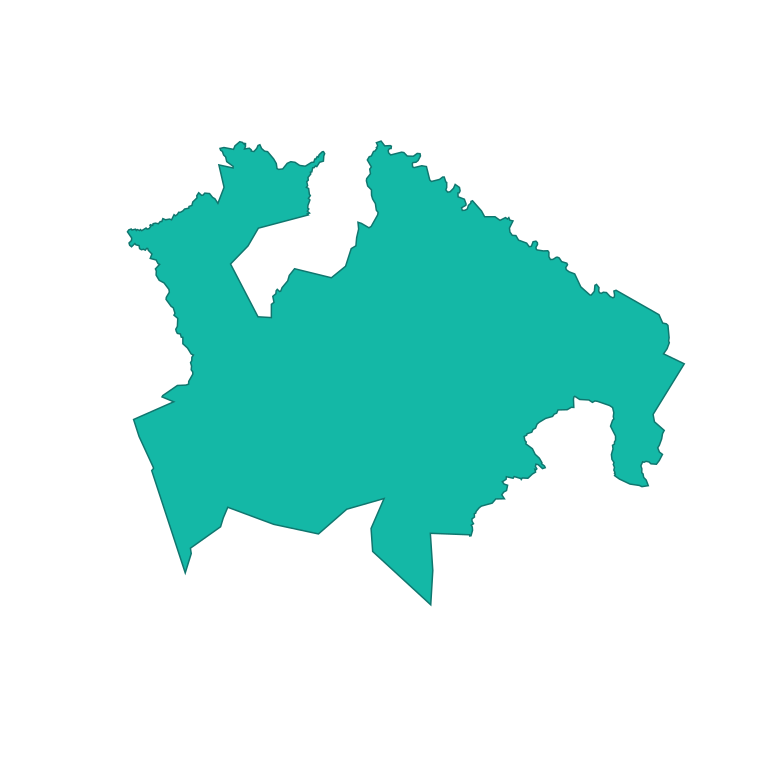 outline of Morelos, Chihuahua, Mexico, rotated 15°
{"feature_id": "50627088B90542436108405", "entity_name": "Morelos", "entity_type": "district", "adm_level": 2, "iso_a3": "MEX", "parent_name": "Mexico", "parent_adm1": "Chihuahua", "projection": "mercator", "projection_center": [-107.783, 26.551], "detail": "fine", "context": "isolated", "style": "filled", "palette": "teal", "viewbox_px": 768, "rotation_deg": 15, "n_neighbors": 0, "source": "geoboundaries", "source_scale": "gbopen_adm2", "svg_char_len": 6167}
<svg xmlns="http://www.w3.org/2000/svg" viewBox="0 0 768 768"><g transform="rotate(15 384 384)"><path d="M648.9,270.3L647.8,268.8L647.4,265.5L643.1,253.9L641.1,252.8L637.4,253.0L631.7,245.9L583.9,233.4L582.0,234.7L583.7,238.4L583.9,240.5L582.8,241.5L579.8,241.0L575.2,238.1L572.1,238.6L570.4,240.2L568.5,240.1L567.3,238.5L566.7,235.2L563.5,232.8L562.2,234.1L563.2,240.0L561.1,244.5L559.8,244.7L548.9,239.2L539.7,228.3L533.7,227.7L530.5,226.4L529.4,224.6L530.4,221.3L529.3,220.0L523.9,219.8L520.6,216.9L518.9,216.6L517.6,217.0L515.0,219.9L512.5,220.7L510.3,218.3L509.2,214.1L507.7,212.9L503.6,214.2L497.2,214.9L496.1,214.3L495.4,212.6L496.2,209.5L495.6,207.8L493.8,206.7L491.2,208.0L490.7,212.9L488.7,213.8L485.3,211.0L476.7,210.2L473.0,206.5L469.4,207.2L466.3,204.6L464.8,200.9L466.4,193.1L463.2,193.2L461.5,191.0L460.6,192.7L458.3,191.8L453.7,195.9L447.9,193.7L437.9,196.4L433.4,191.6L422.1,184.1L420.8,185.1L421.0,186.9L419.3,189.6L419.2,193.3L417.3,195.2L414.7,196.1L413.3,193.7L416.8,190.2L416.7,188.9L413.8,184.7L407.1,184.0L406.0,180.4L407.2,179.8L407.5,177.7L406.0,174.6L401.1,172.8L400.5,176.9L398.1,181.2L395.8,182.2L393.5,180.5L393.7,177.9L392.4,173.1L391.4,172.8L388.6,168.5L387.1,168.9L384.7,172.0L377.4,176.1L375.4,175.1L368.7,163.0L364.0,163.4L357.1,167.2L355.4,166.8L354.3,163.7L354.7,162.6L357.5,161.5L359.1,159.3L360.2,154.3L359.2,152.2L356.4,152.7L353.4,156.4L347.5,157.8L343.3,155.3L341.0,155.5L331.2,161.0L328.7,159.6L327.6,157.5L328.3,155.3L329.9,154.7L329.6,152.4L328.4,152.1L323.1,153.8L318.3,150.1L314.2,152.9L316.0,155.0L316.2,156.5L315.4,157.6L316.2,158.3L314.9,161.4L313.7,162.1L312.8,167.0L310.9,168.3L309.9,171.9L315.6,177.6L314.6,180.1L316.5,184.4L314.1,190.1L314.4,192.3L317.0,197.0L321.6,199.7L323.1,204.9L325.1,208.2L329.0,212.0L331.6,218.1L333.9,219.8L334.1,222.3L330.8,235.2L329.0,237.0L320.6,234.7L317.0,234.5L319.4,240.9L319.7,249.7L321.1,257.8L317.3,261.7L316.4,280.2L305.7,295.0L267.8,295.8L264.4,303.6L264.3,309.3L260.6,317.3L260.2,321.0L259.3,321.7L256.4,320.2L255.7,321.9L256.2,324.8L253.9,328.1L256.6,333.6L254.6,336.2L258.0,349.0L244.9,351.7L204.7,307.8L216.9,285.9L222.3,266.0L267.1,240.3L265.9,239.5L267.8,238.2L265.2,236.9L266.1,234.4L264.8,233.8L264.3,231.3L264.8,225.4L262.9,224.2L264.1,221.1L262.8,220.0L260.6,214.7L258.1,214.1L258.9,212.2L257.0,208.6L258.1,206.7L257.1,204.2L258.9,200.2L258.1,198.5L259.4,197.8L259.1,193.6L260.4,193.2L261.3,191.2L262.8,191.4L264.4,186.5L267.8,184.4L266.8,179.2L267.1,176.9L265.4,175.2L264.3,175.6L262.0,179.3L261.8,181.7L260.6,181.6L259.9,184.4L258.9,184.6L258.8,187.9L256.6,188.7L251.6,194.0L246.0,194.7L240.7,192.9L236.4,193.4L233.4,195.9L230.5,202.5L226.6,204.0L224.9,203.6L222.9,198.9L219.1,195.1L211.4,189.7L208.4,190.0L204.8,188.2L202.2,185.0L200.6,186.2L200.1,189.4L198.2,193.1L195.5,193.4L195.2,192.2L192.9,191.1L188.4,193.1L188.7,190.4L188.0,187.6L187.1,187.7L187.2,188.7L184.8,187.3L182.0,187.3L178.4,192.5L177.9,196.3L168.2,197.0L164.6,198.9L165.7,200.5L167.7,201.2L169.8,204.3L172.3,205.7L174.5,209.9L182.0,212.8L182.3,214.4L167.8,215.1L178.6,235.4L176.8,252.5L172.7,248.8L170.1,248.1L166.2,245.2L161.5,246.0L160.3,248.4L159.0,249.0L155.5,247.2L154.4,250.6L155.2,252.6L152.2,257.6L152.2,261.3L149.7,263.0L149.9,264.7L146.1,266.6L144.9,268.9L142.7,271.0L141.3,271.2L140.4,273.9L138.9,275.5L137.4,274.8L136.3,280.4L134.2,280.2L130.5,281.9L127.6,281.5L127.3,284.6L125.8,285.0L124.6,287.6L121.6,287.8L119.5,288.9L119.5,290.7L117.1,290.6L116.9,291.4L117.9,292.1L116.9,294.6L115.1,295.7L113.8,294.9L110.3,298.6L108.8,297.9L108.3,299.0L105.6,298.7L105.0,299.8L103.8,298.8L100.7,300.5L99.7,299.7L97.6,301.2L96.8,303.4L102.5,308.3L102.9,310.8L101.2,313.8L102.4,315.8L104.6,316.8L107.0,312.8L108.4,313.8L111.6,313.7L112.9,316.5L115.0,317.1L116.7,316.1L118.8,316.5L119.6,314.5L120.6,314.2L121.8,315.9L126.2,318.5L125.7,323.2L131.8,323.2L134.6,326.2L136.3,326.5L133.4,332.0L134.8,333.7L135.7,337.8L140.0,342.0L145.4,343.3L151.8,348.3L152.9,350.9L151.3,356.6L151.6,358.7L158.3,364.1L160.7,364.9L163.8,369.8L163.3,371.9L167.8,374.0L169.5,381.8L168.7,385.0L169.6,386.7L171.3,388.6L174.4,388.4L176.0,391.2L177.6,391.0L179.3,397.2L184.9,400.1L190.0,404.9L192.4,405.3L191.5,407.9L192.3,411.3L191.6,413.4L193.5,416.5L194.1,420.2L196.1,421.8L196.8,423.9L194.7,432.0L195.3,434.7L193.0,436.3L184.8,438.9L173.3,452.4L172.9,453.9L185.5,455.6L151.3,483.1L161.0,498.1L182.8,524.3L183.2,525.4L182.0,527.7L240.9,617.9L241.7,597.7L239.5,592.7L263.1,564.2L263.4,555.0L265.0,543.5L313.8,548.1L359.5,545.8L380.4,514.6L413.7,494.6L408.9,526.9L416.4,548.7L486.3,585.2L479.4,551.5L467.4,516.2L505.6,507.5L506.1,508.6L507.3,508.1L507.4,502.4L506.3,499.3L504.8,497.8L506.6,495.8L504.5,493.7L503.9,491.5L505.8,489.1L504.8,485.9L506.0,485.0L506.0,483.2L508.0,478.9L509.6,476.8L519.4,471.0L521.7,466.1L530.0,463.7L526.4,460.5L527.6,457.4L529.9,455.2L529.6,449.8L526.0,449.6L523.6,447.8L526.6,444.5L526.2,441.9L533.1,441.6L533.7,439.7L540.6,439.9L541.3,440.7L541.9,439.0L547.4,437.8L550.6,432.6L553.2,429.9L551.8,427.4L552.9,427.6L553.6,426.4L551.6,424.5L551.5,422.1L553.8,422.0L559.0,424.7L561.4,423.1L560.3,421.7L556.8,420.2L556.9,419.1L553.2,415.4L548.2,412.8L544.1,408.1L536.5,405.1L536.4,403.2L534.7,402.1L532.9,398.4L535.0,396.5L535.1,395.0L539.2,392.3L539.7,389.3L541.8,387.4L542.2,383.2L543.8,380.8L549.0,375.4L555.2,371.7L556.2,369.0L558.3,367.5L558.8,364.0L567.6,361.4L571.0,358.0L573.4,357.5L570.9,349.5L570.8,347.3L571.5,346.5L577.0,348.3L586.0,346.4L590.1,347.8L592.1,345.8L594.7,345.5L607.4,346.4L610.9,347.6L613.4,352.2L613.9,356.1L615.1,358.4L614.2,359.7L613.7,366.1L621.1,374.3L622.2,378.4L621.6,380.2L622.1,382.4L620.6,384.1L622.0,387.4L621.9,393.3L623.7,397.8L626.5,400.3L626.3,402.4L628.2,404.8L628.3,407.7L629.9,409.5L629.7,410.6L630.8,411.3L630.4,412.8L636.0,414.9L647.5,417.0L656.9,415.9L659.7,416.4L665.6,413.8L662.1,408.9L659.0,407.0L657.5,403.8L655.9,402.9L655.0,399.1L653.3,396.6L654.0,392.2L655.4,392.3L657.1,390.9L660.1,390.7L662.5,392.0L667.9,391.0L669.7,386.7L671.2,379.9L667.7,378.5L664.9,374.8L665.8,371.9L666.4,365.2L665.9,359.9L666.7,356.3L655.0,350.5L651.8,343.7L668.8,286.8L646.2,282.5L648.3,276.7L648.9,270.3Z" fill="#14b8a6" stroke="#0f766e" stroke-width="1.5"/></g></svg>